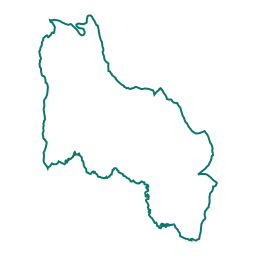 the district of Litjotjela, Leribe, Lesotho
{"feature_id": "5366337B63854375495217", "entity_name": "Litjotjela", "entity_type": "district", "adm_level": 2, "iso_a3": "LSO", "parent_name": "Lesotho", "parent_adm1": "Leribe", "projection": "albers", "projection_center": [28.008, -28.934], "detail": "fine", "context": "isolated", "style": "outline", "palette": "teal", "viewbox_px": 256, "rotation_deg": 0, "n_neighbors": 0, "source": "geoboundaries", "source_scale": "gbopen_adm2", "svg_char_len": 5759}
<svg xmlns="http://www.w3.org/2000/svg" viewBox="0 0 256 256"><path d="M196.0,240.6L197.5,239.5L199.2,238.9L199.8,234.9L200.3,233.6L200.7,231.8L201.4,224.1L203.3,220.4L204.5,219.5L205.2,218.5L205.3,217.2L204.8,215.9L204.6,214.4L204.9,212.1L205.3,210.8L206.3,210.1L206.8,208.7L208.6,207.3L208.7,205.8L209.6,202.5L209.5,196.8L210.0,193.9L210.8,192.4L212.1,191.3L213.1,188.5L213.1,186.5L214.3,186.5L215.6,185.9L216.5,184.1L216.8,182.8L215.7,181.8L213.7,180.5L210.8,177.5L206.9,174.5L204.8,174.0L200.6,174.0L198.0,174.5L205.2,168.7L206.6,167.0L208.3,165.5L210.9,160.5L211.5,158.3L211.8,156.2L213.0,155.0L212.2,150.5L212.6,148.0L211.5,144.5L210.1,142.5L208.3,136.6L206.8,134.0L206.0,133.2L204.6,131.1L200.1,132.9L198.2,133.4L196.1,133.5L194.3,132.7L192.3,131.3L188.3,126.2L187.3,123.8L185.5,122.0L184.9,120.8L183.8,117.4L183.0,116.4L182.5,115.1L180.2,107.4L179.4,106.8L178.1,105.1L178.0,104.3L177.5,103.9L177.2,103.1L176.3,103.2L175.5,102.8L173.9,102.7L172.0,101.0L171.6,99.9L171.1,99.5L168.4,99.5L166.9,99.0L166.5,97.1L165.8,95.8L165.0,94.5L163.7,93.1L162.8,90.8L162.0,89.8L161.2,89.5L161.2,88.6L160.4,88.2L159.5,88.8L158.5,90.6L157.3,91.3L156.5,92.0L154.4,94.7L153.7,91.7L153.1,90.4L148.6,88.9L145.1,88.5L142.5,89.0L140.9,88.9L135.9,86.8L133.1,88.2L131.6,88.4L130.7,89.0L128.7,88.5L128.1,87.9L126.7,88.3L125.4,87.3L124.7,87.1L124.0,86.6L123.8,85.8L122.2,85.0L121.1,84.2L117.1,80.6L115.7,78.9L115.9,78.4L115.5,77.9L113.7,76.3L112.3,75.4L111.6,74.3L111.6,73.7L110.8,73.1L110.0,71.5L108.5,71.1L108.2,65.5L108.5,63.7L108.3,63.3L106.9,62.4L105.5,61.0L104.4,59.2L103.9,55.9L103.0,53.9L102.6,51.8L103.3,50.8L103.3,48.6L102.5,46.9L101.9,42.1L100.8,39.9L99.6,35.9L98.4,28.5L97.6,25.4L96.7,25.3L96.3,25.0L94.6,21.1L93.0,18.9L92.0,16.7L91.0,15.7L90.2,15.4L88.9,15.5L87.7,16.1L87.2,17.5L86.8,19.7L86.7,22.5L85.9,23.2L83.8,24.0L81.4,24.0L78.5,23.5L76.4,24.5L76.4,25.4L76.7,26.1L78.3,27.7L79.1,28.0L83.0,28.7L83.5,29.0L83.7,29.9L84.6,31.6L84.6,33.2L83.6,34.9L82.5,35.4L81.9,35.4L81.2,35.1L80.2,34.3L79.3,33.4L77.2,30.1L71.3,24.4L70.6,24.0L68.9,24.7L67.7,24.7L66.1,24.2L61.3,22.0L60.8,21.4L58.3,20.5L54.6,19.8L51.1,20.4L50.0,20.0L50.2,21.0L50.5,21.7L51.2,22.2L51.7,22.0L52.5,22.8L53.0,24.0L53.8,25.0L54.7,26.7L54.9,27.3L54.1,32.6L53.6,33.0L52.5,32.5L51.9,32.8L51.5,33.3L51.2,34.4L48.7,37.1L48.1,37.3L47.7,36.8L47.8,36.3L47.4,35.6L46.8,35.4L46.2,35.7L43.3,38.2L43.1,40.2L42.1,42.1L41.8,43.1L41.9,44.6L41.6,45.6L40.5,47.7L40.1,50.1L39.2,51.4L40.1,56.0L41.0,58.2L40.8,59.3L39.8,60.5L40.1,62.2L39.5,63.2L39.9,67.1L40.5,67.6L40.8,68.2L41.0,69.1L41.1,71.6L41.9,75.1L42.5,75.8L44.2,76.4L44.8,77.3L45.5,79.9L45.6,82.7L46.9,83.4L47.4,84.5L47.9,87.3L47.2,94.2L46.1,97.3L44.3,99.9L43.9,101.5L44.4,104.8L44.2,105.6L44.3,106.8L43.6,109.2L45.1,119.3L45.0,119.7L44.0,120.8L44.0,122.1L43.4,123.8L43.7,125.7L43.3,127.0L43.2,128.4L43.6,130.9L42.7,133.2L42.7,133.8L43.5,138.7L45.2,139.8L45.4,140.9L46.7,142.2L46.3,145.1L45.4,148.6L44.7,150.0L44.7,150.8L43.7,152.2L43.6,153.4L44.1,155.5L43.6,160.1L43.7,161.2L44.2,162.8L47.0,166.6L47.8,168.4L48.1,167.5L50.2,166.0L51.9,163.4L53.6,164.2L56.3,164.2L57.7,163.1L58.7,161.4L62.2,163.2L64.7,164.2L65.6,163.0L65.4,161.1L65.9,160.4L66.5,160.5L66.4,161.9L66.7,162.3L67.1,162.3L67.7,160.8L68.7,160.0L68.2,159.2L68.3,158.8L68.8,158.6L70.0,159.1L71.0,158.7L71.4,158.1L73.0,156.9L72.9,156.0L74.2,155.1L75.0,154.9L75.0,154.4L73.9,154.1L73.8,153.7L74.8,152.0L75.1,152.3L75.0,153.1L76.3,154.4L77.4,154.5L78.9,153.5L79.2,154.0L79.0,155.2L80.0,155.4L81.1,156.9L81.8,157.3L81.9,160.1L82.2,160.7L82.7,160.9L83.2,161.5L83.6,163.3L83.6,164.8L84.5,167.1L86.0,168.7L86.6,172.2L87.2,172.5L87.9,172.5L88.4,173.1L89.5,173.7L90.2,174.0L90.7,173.9L92.2,172.0L93.4,171.6L93.8,172.8L94.1,172.8L94.2,172.0L94.7,171.8L94.9,172.0L94.8,172.6L95.3,173.3L96.4,173.9L97.3,174.8L97.9,176.5L98.1,176.6L99.2,177.1L99.9,176.8L101.3,177.6L104.2,178.2L104.8,177.8L105.7,178.0L106.2,177.2L106.4,177.7L107.2,177.9L108.2,177.1L109.5,176.7L109.5,176.0L109.8,175.7L110.7,174.8L111.6,174.5L111.9,172.8L112.7,170.7L112.6,170.0L112.8,169.8L113.8,169.5L113.8,168.8L114.3,168.3L115.9,168.2L116.8,169.2L117.2,170.2L118.5,171.0L118.6,172.2L123.3,174.4L123.4,174.8L123.2,175.5L123.5,175.8L125.6,176.5L127.0,177.9L128.8,178.7L129.5,179.6L130.2,180.1L130.5,181.3L131.8,181.6L133.2,180.5L134.5,182.0L136.8,183.3L138.2,183.5L139.0,182.9L139.6,183.2L140.0,182.6L141.2,181.8L141.5,181.4L141.8,181.4L142.9,182.2L144.4,182.4L144.3,183.8L144.6,184.3L147.3,184.7L148.2,185.6L148.3,186.5L147.9,187.2L147.3,187.1L146.7,186.6L146.2,187.1L146.5,188.1L148.1,189.5L148.1,190.8L147.9,191.1L146.5,191.5L145.8,192.0L145.2,192.9L145.2,193.4L145.6,194.8L145.6,196.1L146.2,196.7L146.7,196.7L147.7,194.6L148.5,195.3L148.7,196.7L148.4,199.0L146.8,199.3L146.2,199.8L146.0,200.4L146.2,201.3L147.3,202.7L148.5,205.1L148.4,206.2L147.8,207.2L148.4,208.3L148.4,209.3L149.2,209.9L149.8,209.7L150.3,210.1L150.3,210.8L150.1,211.0L149.1,210.9L148.6,212.0L149.1,212.5L150.0,212.7L150.1,213.0L149.0,214.4L148.9,214.8L150.6,217.2L152.0,218.2L153.5,220.7L154.1,221.3L154.4,222.6L155.1,223.0L156.0,222.6L156.6,223.2L157.0,225.6L157.6,226.2L158.5,226.3L158.8,226.5L158.9,227.5L159.1,227.8L160.8,228.2L161.3,227.0L161.2,226.5L161.5,226.4L161.9,226.6L162.3,226.2L162.6,225.3L162.5,224.8L161.9,224.6L161.0,224.7L161.5,223.9L162.0,223.6L163.3,224.1L163.7,225.1L163.5,225.6L163.9,226.0L164.2,225.8L164.8,224.7L165.4,224.5L166.3,224.7L166.3,225.1L165.8,225.4L165.2,226.3L165.7,226.9L166.4,226.7L167.3,225.0L166.9,224.5L167.1,224.0L167.9,224.2L168.7,225.6L169.0,225.7L169.6,225.4L169.7,224.8L170.3,225.0L174.1,224.4L175.0,225.8L175.3,227.3L177.8,229.8L178.6,231.8L179.6,232.7L180.1,234.7L180.1,236.1L185.6,238.7L188.1,239.1L189.3,240.1L191.4,240.4L191.0,239.1L192.4,238.9L194.5,240.1L196.0,240.6Z" fill="none" stroke="#0f766e" stroke-width="2"/></svg>